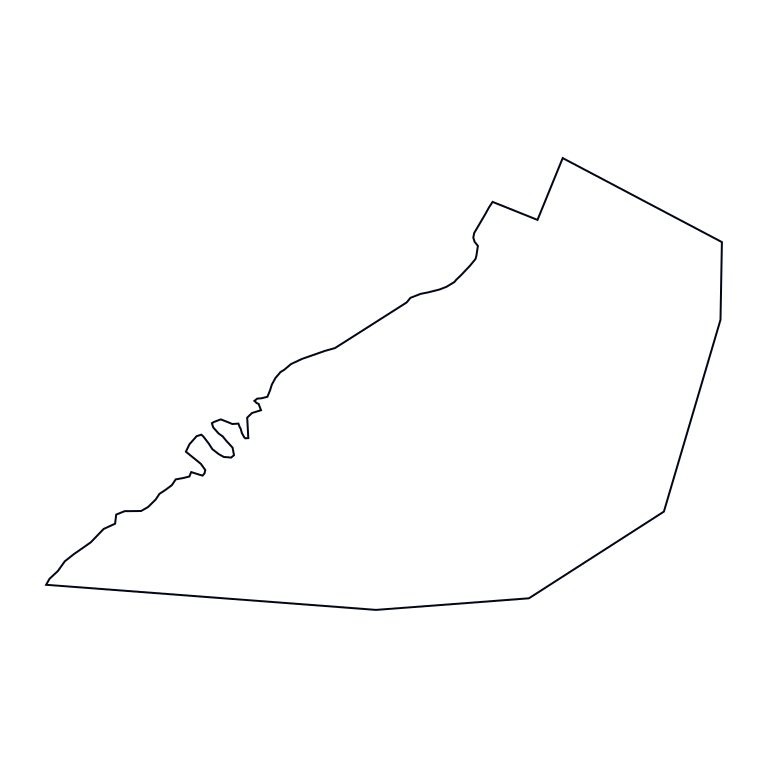 outline of Zemam Out, Qina, Egypt
{"feature_id": "37247803B68668933434677", "entity_name": "Zemam Out", "entity_type": "district", "adm_level": 2, "iso_a3": "EGY", "parent_name": "Egypt", "parent_adm1": "Qina", "projection": "robinson", "projection_center": [32.613, 25.633], "detail": "fine", "context": "isolated", "style": "outline", "palette": "ink", "viewbox_px": 768, "rotation_deg": 0, "n_neighbors": 0, "source": "geoboundaries", "source_scale": "gbopen_adm2", "svg_char_len": 1476}
<svg xmlns="http://www.w3.org/2000/svg" viewBox="0 0 768 768"><path d="M410.5,297.8L406.7,302.4L359.0,332.8L334.9,348.1L324.9,350.9L302.0,358.9L291.1,364.0L284.2,369.8L280.3,372.2L279.4,373.4L275.5,377.9L271.8,384.7L270.1,390.2L267.4,396.8L261.4,398.3L257.3,398.6L256.3,399.4L254.4,400.9L256.6,403.0L258.6,403.9L261.0,410.2L252.0,413.0L247.2,417.6L247.9,430.5L248.3,438.1L245.3,438.3L244.2,437.3L241.9,433.1L240.7,428.8L239.6,426.8L238.4,423.6L232.3,424.0L230.2,423.1L220.9,419.4L218.8,420.1L213.9,422.0L211.9,423.2L213.2,427.4L218.6,433.5L222.8,436.5L226.1,440.6L232.6,447.7L234.0,455.2L231.1,457.6L228.4,457.3L223.9,457.0L218.7,454.1L212.3,449.1L209.0,443.9L203.5,436.7L201.4,434.7L198.7,435.5L198.1,435.7L196.7,436.1L190.5,443.1L189.6,444.0L188.9,445.4L185.9,451.7L200.9,463.9L205.3,470.1L204.5,473.4L202.6,475.6L200.1,474.9L191.2,472.1L190.7,473.2L189.4,476.5L183.4,478.0L175.7,479.4L171.9,485.1L164.9,490.3L159.5,493.8L155.7,499.5L148.1,507.0L141.1,511.0L132.4,511.1L124.8,511.1L116.2,514.6L115.1,523.7L103.7,528.9L90.8,542.3L73.5,554.4L64.8,561.3L57.8,571.1L49.6,578.7L46.2,584.6L46.1,584.8L376.0,609.9L528.9,598.3L663.9,511.6L720.5,319.8L721.9,242.1L562.7,158.1L537.5,219.9L492.6,201.9L489.0,207.4L485.3,214.1L474.2,233.0L473.3,237.6L474.6,241.8L477.9,245.9L476.4,255.7L475.5,259.0L469.8,265.9L461.1,275.1L456.3,279.7L454.4,282.0L446.5,286.8L439.5,289.5L430.0,291.9L428.5,292.3L420.5,293.9L410.5,297.8L410.5,297.8Z" fill="none" stroke="#020617" stroke-width="2"/></svg>